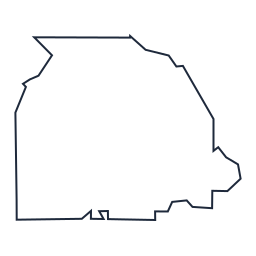 Gilmer, Georgia, United States of America
{"feature_id": "52423323B63727267020347", "entity_name": "Gilmer", "entity_type": "district", "adm_level": 2, "iso_a3": "USA", "parent_name": "United States of America", "parent_adm1": "Georgia", "projection": "mercator", "projection_center": [-84.424, 34.703], "detail": "fine", "context": "isolated", "style": "outline", "palette": "slate", "viewbox_px": 256, "rotation_deg": 0, "n_neighbors": 0, "source": "geoboundaries", "source_scale": "gbopen_adm2", "svg_char_len": 568}
<svg xmlns="http://www.w3.org/2000/svg" viewBox="0 0 256 256"><path d="M34.2,37.3L52.0,55.3L38.5,75.7L29.9,79.4L23.0,83.8L25.9,86.9L15.4,112.6L16.6,199.3L16.7,219.7L81.8,218.8L91.0,210.9L90.9,218.8L103.6,219.0L99.2,211.2L107.9,211.0L108.0,219.1L123.0,219.4L155.2,220.0L155.1,211.4L167.8,211.5L172.2,201.9L186.7,200.4L192.5,206.9L212.1,208.2L212.3,190.8L227.4,191.1L240.6,178.7L238.0,164.4L226.1,157.3L218.2,147.2L213.5,150.9L213.5,119.0L182.9,65.9L176.4,66.5L168.7,55.5L145.6,49.8L130.1,36.0L130.0,37.6L34.2,37.3Z" fill="none" stroke="#1e293b" stroke-width="2"/></svg>